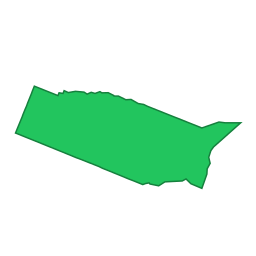 the district of Tangipahoa, Louisiana, United States of America, rotated 292°
{"feature_id": "52423323B76219766339167", "entity_name": "Tangipahoa", "entity_type": "district", "adm_level": 2, "iso_a3": "USA", "parent_name": "United States of America", "parent_adm1": "Louisiana", "projection": "orthographic", "projection_center": [-90.393, 30.617], "detail": "fine", "context": "isolated", "style": "filled", "palette": "green", "viewbox_px": 256, "rotation_deg": 292, "n_neighbors": 0, "source": "geoboundaries", "source_scale": "gbopen_adm2", "svg_char_len": 967}
<svg xmlns="http://www.w3.org/2000/svg" viewBox="0 0 256 256"><g transform="rotate(292 128 128)"><path d="M85.7,25.6L81.2,25.6L81.2,72.5L81.1,91.4L81.2,93.1L81.4,115.5L81.1,119.2L81.1,121.1L81.1,138.8L81.0,147.6L81.1,152.4L81.1,162.9L83.1,165.1L85.0,168.1L84.3,169.3L85.9,178.1L91.9,182.4L99.2,198.1L102.5,200.9L99.9,207.2L99.7,219.1L114.8,218.4L119.8,216.7L126.0,217.4L131.1,213.8L138.0,213.3L142.5,214.4L155.8,221.0L175.0,230.5L169.2,216.1L167.6,210.1L156.1,196.9L155.7,196.5L155.7,195.9L155.5,158.5L155.4,138.0L155.7,133.7L154.5,128.3L155.6,120.1L153.4,115.4L154.0,107.1L152.4,103.1L152.8,102.7L153.3,96.4L150.8,90.6L151.2,88.4L147.7,84.5L147.3,80.5L144.1,77.4L144.8,73.8L142.3,65.5L138.5,59.4L138.7,54.8L135.7,54.8L134.8,50.9L131.8,50.9L131.7,25.5L126.6,25.5L124.1,25.6L114.5,25.6L113.4,25.6L111.0,25.7L110.0,25.7L109.8,25.7L106.6,25.6L102.6,25.6L102.2,25.6L101.9,25.6L99.9,25.6L99.7,25.7L85.7,25.6Z" fill="#22c55e" stroke="#15803d" stroke-width="1.5"/></g></svg>